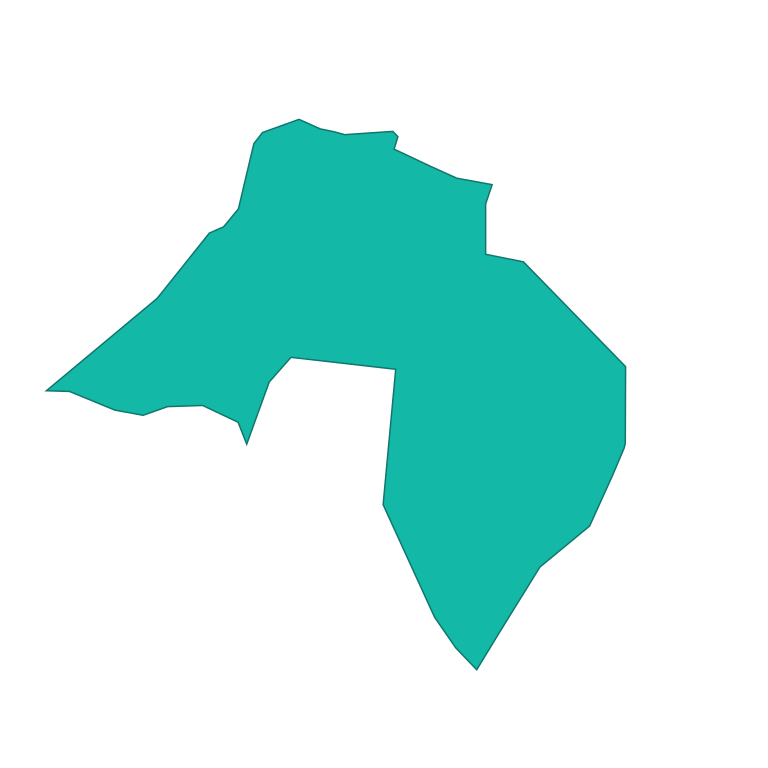 Udung Uko, Akwa Ibom, Nigeria, rotated 40°
{"feature_id": "59680162B95559320678868", "entity_name": "Udung Uko", "entity_type": "district", "adm_level": 2, "iso_a3": "NGA", "parent_name": "Nigeria", "parent_adm1": "Akwa Ibom", "projection": "equal_earth", "projection_center": [8.245, 4.743], "detail": "fine", "context": "isolated", "style": "filled", "palette": "teal", "viewbox_px": 768, "rotation_deg": 40, "n_neighbors": 0, "source": "geoboundaries", "source_scale": "gbopen_adm2", "svg_char_len": 734}
<svg xmlns="http://www.w3.org/2000/svg" viewBox="0 0 768 768"><g transform="rotate(40 384 384)"><path d="M228.4,184.8L193.7,218.2L183.9,222.7L171.1,229.6L148.8,235.9L141.7,248.1L129.3,269.4L129.8,283.5L159.9,343.4L160.1,366.7L153.2,380.6L155.2,464.1L129.7,606.2L147.8,591.9L194.6,577.0L204.1,571.6L219.6,562.8L228.2,548.2L232.8,540.4L258.9,517.0L296.8,507.1L317.5,518.3L294.8,456.3L295.6,423.4L383.5,365.2L460.9,477.0L572.8,530.2L608.6,540.0L638.7,543.3L632.3,501.3L621.1,424.0L632.8,360.6L617.6,306.3L609.2,278.9L607.1,274.5L557.9,215.4L412.3,200.8L378.5,219.3L359.5,196.7L346.1,180.7L338.7,161.8L307.4,179.6L278.8,187.6L240.8,197.6L236.5,187.5L235.7,185.6L228.4,184.8Z" fill="#14b8a6" stroke="#0f766e" stroke-width="1.5"/></g></svg>